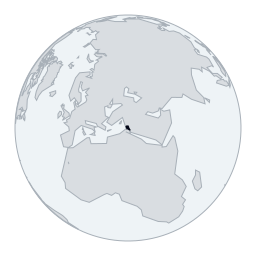 HaDarom on an orthographic globe, rotated 322°
{"feature_id": "ISR-3053", "entity_name": "HaDarom", "entity_type": "District", "adm_level": 1, "iso_a3": "ISR", "parent_name": "Israel", "parent_adm1": "", "projection": "orthographic", "projection_center": [34.85, 30.684], "detail": "fine", "context": "on_globe", "style": "filled", "palette": "ink", "viewbox_px": 256, "rotation_deg": 322, "n_neighbors": 0, "source": "natural_earth", "source_scale": "10m", "svg_char_len": 10438}
<svg xmlns="http://www.w3.org/2000/svg" viewBox="0 0 256 256"><g transform="rotate(322 128 128)"><circle cx="128" cy="128" r="113" fill="#eef3f6" stroke="#a8b0b8"/><path d="M120.7,15.6L129.9,15.4L134.6,15.6L133.2,15.6L137.3,15.7L140.1,16.0L144.9,16.6L147.1,17.1L146.5,17.2L141.4,16.6L140.9,16.8L144.5,17.3L146.1,17.9L141.0,17.1L143.3,18.3L135.1,18.2L121.9,17.2L117.0,18.3L102.4,20.8L103.3,21.1L98.4,22.6L97.7,23.6L95.2,24.1L96.8,24.6L99.2,24.0L100.7,24.1L100.5,24.7L97.3,25.3L96.9,25.1L95.8,25.6L94.3,25.7L95.0,26.0L91.1,26.8L94.6,27.0L91.2,28.6L88.7,28.9L89.4,27.5L85.5,25.7L83.2,26.1L79.2,27.8L70.7,33.5L68.0,34.8L63.9,37.4L65.2,37.2L68.8,35.1L70.2,35.6L74.4,33.3L75.6,33.3L79.8,31.8L78.6,33.6L75.2,36.3L71.7,37.8L70.1,39.1L73.0,39.2L66.0,43.7L60.6,50.0L58.9,51.2L56.2,50.4L57.3,46.4L53.9,46.5L55.5,48.2L51.1,51.6L50.2,53.0L50.1,54.0L51.5,53.5L49.9,55.2L47.6,53.9L49.1,52.3L49.8,52.6L50.3,50.9L48.7,50.6L46.6,52.7L46.5,50.9L45.0,52.5L44.1,53.2L46.6,50.7L42.2,55.2L41.9,55.4L47.4,49.3L53.4,43.6L59.8,38.4L66.5,33.6L73.6,29.4L80.9,25.7L88.5,22.5L96.4,19.9L104.4,17.9L112.5,16.4L120.7,15.6ZM16.9,109.3L16.0,115.9L15.9,124.7L15.9,130.2L15.7,132.1L16.1,134.9L16.1,136.7L19.4,147.9L22.6,156.7L23.5,162.6L22.8,165.8L26.7,177.3L26.7,177.2L23.2,169.2L20.3,161.0L18.1,152.6L16.5,144.0L15.6,135.4L15.4,126.7L15.8,118.0L16.9,109.3ZM147.6,17.2L148.4,17.3L149.2,17.5L147.6,17.2ZM80.2,31.0L80.0,31.4L79.3,31.4L80.2,31.0ZM82.2,30.0L81.5,29.8L82.4,29.3L82.8,29.4L82.2,30.0ZM149.1,17.9L150.3,18.4L148.2,17.8L149.1,17.9ZM82.8,30.4L84.0,28.5L85.5,27.7L88.2,27.6L82.8,30.4ZM150.4,18.6L153.2,20.0L155.2,20.3L151.1,20.7L150.0,19.1L147.2,18.3L149.5,18.7L150.4,18.6ZM100.0,23.6L97.5,24.2L99.8,23.1L100.0,23.6ZM101.2,22.9L106.3,20.0L110.0,19.6L107.5,20.5L112.5,19.7L111.8,20.9L109.0,21.6L106.7,21.6L108.2,22.1L101.2,22.9ZM148.4,20.8L148.3,21.2L147.4,20.7L148.4,20.8ZM101.5,24.0L102.2,23.4L105.5,23.0L104.7,24.2L103.9,23.9L101.5,24.0ZM114.2,19.0L116.5,19.0L116.5,20.0L117.5,20.1L112.2,20.9L114.2,19.0ZM103.0,24.4L104.2,24.9L102.5,25.7L101.0,24.7L103.0,24.4ZM106.6,22.4L108.2,22.3L107.1,22.7L106.6,22.4ZM97.0,29.3L97.7,28.4L99.5,28.0L97.0,29.3ZM104.7,25.0L105.3,24.7L106.1,24.5L106.5,25.1L104.7,25.0ZM112.6,21.6L112.1,22.1L114.8,21.3L114.9,22.1L111.4,22.6L113.0,22.7L113.0,23.0L110.1,23.1L112.6,21.6ZM109.3,25.1L104.8,26.2L103.0,27.9L101.4,28.2L104.6,25.4L109.3,25.1ZM110.0,23.9L109.2,24.7L107.6,24.5L107.1,23.9L110.0,23.9ZM116.3,22.6L117.0,21.2L117.7,21.2L116.3,22.6ZM109.1,25.6L110.2,25.3L109.1,25.7L109.1,25.6ZM114.5,23.5L114.6,23.0L115.5,22.9L114.5,23.5ZM112.2,25.3L110.8,25.6L110.4,25.2L112.2,25.3ZM113.5,24.5L114.7,24.6L111.2,24.8L113.4,24.2L113.5,24.5ZM115.3,23.6L115.8,23.4L115.1,23.8L115.3,23.6ZM114.4,27.0L110.1,27.4L109.3,26.3L113.6,26.0L114.4,27.0ZM46.8,155.7L41.6,137.2L44.8,132.3L45.8,124.9L68.3,106.7L72.6,109.7L89.7,110.5L91.7,111.9L89.2,117.6L101.6,127.0L106.2,122.5L118.0,127.4L126.2,127.4L130.1,116.3L116.7,115.9L114.9,110.3L126.0,105.8L137.8,106.5L137.5,104.4L130.5,99.7L133.7,95.8L128.2,97.7L130.1,99.9L126.6,101.4L124.7,99.5L125.9,98.1L122.5,97.0L117.6,104.5L119.1,107.5L109.8,108.3L111.3,113.5L108.6,115.7L105.1,107.7L105.8,104.9L98.9,95.9L97.4,98.8L103.7,107.7L101.5,106.8L99.5,111.3L99.3,107.2L92.7,97.2L84.7,97.5L73.6,107.0L69.1,106.7L65.7,103.1L70.5,92.0L80.1,94.0L82.0,90.6L80.8,84.5L83.8,85.8L84.4,83.8L88.1,84.4L94.0,80.4L97.9,80.6L100.9,74.6L103.3,74.1L100.8,77.7L101.2,80.5L110.8,81.5L112.9,80.4L114.1,76.5L116.6,77.5L116.5,73.7L122.4,72.7L115.1,70.8L116.3,66.8L120.2,64.0L119.3,62.4L112.9,67.1L111.5,69.3L112.5,71.6L107.6,77.9L104.1,78.6L104.3,71.1L99.4,71.5L101.6,65.9L117.5,56.2L123.8,54.7L132.7,60.4L130.8,62.8L126.7,61.9L129.9,66.4L129.9,64.2L132.0,65.2L133.7,61.9L135.2,62.5L134.2,58.6L136.3,58.9L136.9,61.4L141.1,57.3L145.7,57.3L145.9,56.1L144.8,54.9L151.3,56.0L151.2,55.1L149.0,54.4L147.3,52.3L146.9,49.1L149.2,49.6L149.6,50.8L154.0,54.4L154.9,57.9L155.7,57.8L155.5,55.0L150.2,50.5L149.3,48.5L152.1,50.2L151.0,49.4L151.3,48.6L153.7,48.4L150.7,46.4L150.5,37.6L155.1,36.7L157.6,39.0L159.8,34.5L164.8,34.4L162.8,33.6L162.5,31.4L161.0,31.4L160.0,30.9L158.6,25.9L160.0,25.4L157.1,23.1L156.0,22.8L154.8,22.9L151.1,20.7L155.2,20.3L157.4,20.9L158.5,20.5L163.2,22.2L167.6,23.6L172.1,26.2L175.2,27.4L175.3,27.1L179.6,28.8L188.1,33.6L180.9,30.7L168.0,25.1L173.2,27.3L171.9,27.3L173.7,28.4L177.4,30.1L177.9,30.0L183.3,36.1L192.0,43.0L191.6,40.7L194.1,41.4L203.7,48.8L214.5,64.0L217.9,66.3L219.9,68.8L220.9,71.9L218.0,68.2L216.6,68.3L214.8,66.0L215.5,70.1L212.9,66.9L214.7,72.0L216.9,73.8L217.3,71.1L219.9,77.2L223.7,79.6L227.1,85.0L230.6,98.7L229.7,105.7L230.3,107.7L228.4,107.2L228.3,112.8L233.6,120.5L234.2,123.6L232.9,132.7L232.4,130.5L227.5,128.9L228.2,137.0L232.0,140.0L233.4,146.1L231.2,146.2L229.6,141.0L227.9,140.3L227.2,133.6L223.4,125.3L221.1,129.4L220.2,125.5L214.7,119.7L210.7,125.3L205.2,140.2L206.4,150.6L203.6,156.4L195.7,144.4L192.3,135.0L189.3,137.1L181.2,130.7L166.9,133.7L165.0,131.4L162.3,133.2L156.6,131.4L153.6,127.3L150.2,128.1L158.0,138.8L161.7,138.0L165.0,132.8L166.5,136.8L172.0,139.4L165.5,150.8L144.5,162.3L142.6,154.6L127.6,133.2L128.2,130.6L128.1,130.3L128.0,129.8L126.4,134.0L123.9,129.6L131.7,145.0L132.9,151.5L144.2,162.7L143.1,164.0L146.8,166.2L158.8,161.8L158.9,164.4L153.1,176.8L136.5,193.0L138.9,202.3L137.9,209.9L127.9,214.9L129.1,220.0L124.0,221.8L123.9,224.5L119.9,227.1L113.3,229.2L101.6,228.0L100.6,225.7L94.3,220.3L85.5,206.4L88.1,200.6L87.0,195.3L78.5,181.5L80.4,174.8L78.2,171.3L73.6,171.0L71.1,166.6L68.4,165.8L51.7,162.7L46.8,155.7ZM60.1,117.8L59.3,119.9L59.3,120.0L60.1,117.8ZM150.1,113.0L157.3,112.7L154.4,105.9L156.9,105.3L155.0,103.4L154.2,105.5L149.5,100.0L152.8,97.6L152.1,94.7L149.6,94.7L144.4,100.0L151.0,107.7L149.2,110.7L150.1,113.0ZM18.0,103.8L17.7,105.3L17.7,105.0L18.0,103.8ZM23.2,86.6L22.8,87.8L23.0,87.3L23.2,86.6ZM51.3,51.7L51.4,51.8L50.9,53.1L50.4,53.0L51.3,51.7ZM53.4,56.3L50.7,59.0L52.3,56.9L51.0,57.1L52.7,53.3L58.1,51.6L55.3,52.9L53.4,56.3ZM56.4,48.0L54.8,50.4L56.4,47.9L56.4,48.0ZM84.6,72.8L85.6,74.4L83.8,76.5L78.9,77.1L81.4,73.9L84.6,72.8ZM87.4,76.4L88.9,69.2L92.0,68.9L90.0,70.2L91.9,70.7L89.2,73.1L90.7,80.0L89.2,82.4L81.0,81.6L84.5,80.4L83.3,78.7L87.4,76.4ZM87.4,54.3L88.1,51.9L93.9,54.1L92.5,56.1L87.6,56.6L86.2,54.5L87.4,54.3ZM87.4,31.0L87.3,30.4L88.2,30.2L89.0,30.5L87.4,31.0ZM97.2,28.9L88.8,33.3L88.3,32.8L84.0,36.3L81.0,36.5L83.8,34.2L78.2,37.1L79.6,35.1L76.0,37.4L82.6,32.2L83.6,30.7L83.7,32.2L86.5,32.0L88.0,31.4L93.0,29.0L96.5,26.1L99.9,25.7L101.3,26.2L101.0,26.8L98.9,26.8L100.0,27.7L96.7,28.2L97.2,28.9ZM116.2,36.0L114.0,35.1L115.5,38.2L112.3,38.2L112.7,38.6L110.1,39.5L107.7,41.4L106.3,41.1L105.9,42.0L104.2,42.7L103.3,43.8L100.4,43.9L99.0,45.3L98.5,44.5L96.9,47.1L96.8,45.2L94.6,46.2L95.8,47.5L82.9,46.2L77.5,47.6L73.0,49.9L73.5,46.7L78.1,42.8L84.3,39.2L89.5,38.5L88.8,37.4L91.0,36.8L90.6,37.9L92.5,35.8L94.3,35.7L99.9,33.3L101.6,30.8L103.7,30.0L103.9,30.9L105.8,29.5L107.6,30.8L109.2,30.4L112.5,31.4L111.9,33.7L113.7,33.0L116.3,33.9L116.2,36.0ZM115.2,27.3L115.4,29.7L113.6,31.1L108.6,28.9L107.0,29.1L103.7,28.0L106.2,26.2L106.9,26.7L108.2,26.7L106.9,27.2L108.9,26.8L110.0,27.5L111.8,27.4L111.3,28.2L115.2,27.3ZM94.4,110.0L96.0,110.5L98.7,110.7L97.5,113.6L94.4,110.0ZM89.8,103.3L91.3,103.2L90.8,107.1L89.1,106.7L89.8,103.3ZM92.6,99.9L91.5,102.9L91.1,101.0L92.6,99.9ZM102.3,77.4L104.0,77.2L104.0,78.1L102.9,79.4L102.3,77.4ZM120.2,46.2L119.1,45.2L119.7,44.8L119.6,42.1L122.0,42.0L123.0,43.6L120.2,46.2ZM127.6,118.2L125.0,120.3L123.8,119.3L125.0,118.7L127.6,118.2ZM110.3,117.3L114.1,119.0L109.9,118.1L110.3,117.3ZM122.8,45.7L122.4,44.5L123.8,45.2L122.8,45.7ZM123.8,41.9L125.5,42.4L122.3,41.7L123.8,41.9ZM169.7,232.2L170.2,232.2L168.6,232.8L169.7,232.2ZM157.3,206.9L149.7,219.8L144.3,220.4L143.3,217.1L146.0,209.5L152.3,206.6L155.3,202.7L157.3,206.9ZM238.4,149.9L238.8,148.3L238.1,151.2L238.4,149.9ZM238.0,151.1L235.0,157.3L233.4,158.6L234.1,156.4L236.6,152.8L238.0,151.1ZM233.9,156.5L231.2,155.6L225.5,147.0L227.6,145.5L233.2,148.4L232.9,150.2L234.5,151.6L233.9,156.5ZM239.4,138.8L239.1,143.5L237.6,146.6L236.8,147.5L236.3,143.0L236.6,139.7L237.4,138.5L238.8,124.0L239.6,124.5L239.5,130.1L240.0,132.3L239.4,138.8ZM206.9,151.3L209.6,156.2L207.9,158.0L206.9,151.3ZM238.3,115.3L238.4,121.5L238.0,114.1L238.3,115.3ZM237.3,109.1L237.9,111.0L237.2,109.9L237.3,109.1ZM231.3,110.6L230.6,112.5L230.0,111.0L230.6,107.9L231.3,110.6ZM229.7,89.6L231.6,93.9L232.2,95.6L230.9,93.6L229.7,89.6ZM142.7,45.3L140.2,49.0L140.0,52.0L142.3,54.1L137.9,52.9L138.3,48.2L142.7,45.3ZM149.3,38.4L147.2,36.9L148.8,36.8L149.5,37.1L149.3,38.4ZM147.6,38.1L143.7,37.8L143.0,36.5L146.2,36.9L147.6,38.1ZM133.2,41.3L132.3,42.3L131.2,41.7L133.2,41.3ZM240.1,138.6L240.3,136.3L239.8,141.7L239.6,142.6L239.9,138.8L240.2,132.8L240.3,129.8L240.6,125.2L240.3,132.3L240.3,134.3L240.6,130.6L240.4,134.6L240.3,136.6L240.1,138.6ZM240.1,118.0L239.6,116.0L239.6,118.8L239.0,111.0L239.7,114.2L240.1,118.0ZM238.8,111.6L238.9,114.1L238.5,109.9L238.8,111.6ZM238.6,113.3L238.1,110.9L238.3,110.2L238.6,113.3ZM238.9,111.0L238.0,106.6L238.5,108.5L238.9,111.0ZM236.6,106.0L237.9,107.7L237.1,108.9L234.5,101.2L234.7,99.8L236.6,106.0ZM221.8,68.8L220.4,67.1L219.9,65.5L221.0,67.1L221.8,68.8ZM216.8,59.8L219.2,64.6L221.0,68.9L221.6,69.0L224.0,73.1L221.9,71.0L218.9,65.5L218.0,62.9L215.7,59.9L213.7,56.7L210.6,53.7L209.0,51.7L211.5,53.7L216.8,59.8ZM209.4,52.5L203.4,47.0L203.4,45.9L204.7,46.8L207.5,49.7L207.3,50.1L209.4,52.5ZM202.0,45.4L201.7,45.8L192.4,40.4L190.5,39.0L197.6,42.1L197.7,42.8L200.0,44.4L202.0,45.4ZM149.5,21.3L148.4,21.2L149.1,21.0L149.5,21.3ZM159.1,30.9L157.9,30.2L158.8,29.9L159.1,30.9ZM155.0,28.2L154.9,29.0L154.1,27.9L155.0,28.2ZM154.7,31.0L154.4,29.2L156.0,31.2L154.7,31.0Z" fill="#d9dde1" stroke="#a8b0b8" stroke-width="1"/><path d="M127.0,127.0L127.0,126.9L127.2,126.7L127.4,126.4L127.5,126.4L127.4,126.3L127.4,126.2L127.6,125.9L127.7,125.7L127.8,125.7L127.7,125.7L127.7,125.8L127.8,125.8L128.0,125.8L128.0,126.0L128.1,126.3L128.1,126.5L128.3,126.7L128.5,126.7L128.8,126.5L128.9,126.4L129.0,126.4L129.0,126.5L129.0,126.8L128.9,126.8L128.9,127.0L129.0,127.0L128.9,127.3L128.9,127.5L128.7,127.8L128.6,128.1L128.5,128.4L128.5,128.5L128.5,128.8L128.5,129.0L128.4,129.3L128.3,129.5L128.3,129.9L128.2,129.9L128.2,130.0L128.2,130.3L128.0,130.2L128.0,129.9L127.9,129.7L127.8,129.4L127.7,129.1L127.6,128.8L127.6,128.7L127.4,128.5L127.5,128.5L127.5,128.4L127.4,128.3L127.4,128.2L127.3,127.8L127.2,127.6L127.1,127.4L127.1,127.2L127.0,127.0Z" fill="#0f172a" stroke="#020617" stroke-width="1.5"/></g></svg>